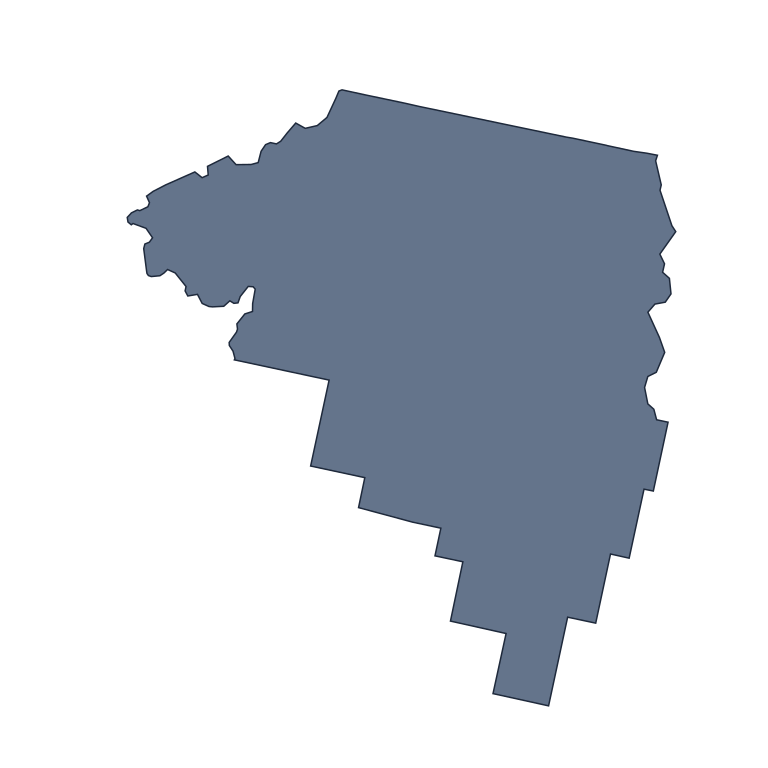 Fremont, Idaho, United States of America (Equal Earth projection), rotated 282°
{"feature_id": "52423323B19841424065600", "entity_name": "Fremont", "entity_type": "district", "adm_level": 2, "iso_a3": "USA", "parent_name": "United States of America", "parent_adm1": "Idaho", "projection": "equal_earth", "projection_center": [-111.419, 44.319], "detail": "fine", "context": "isolated", "style": "filled", "palette": "slate", "viewbox_px": 768, "rotation_deg": 282, "n_neighbors": 0, "source": "geoboundaries", "source_scale": "gbopen_adm2", "svg_char_len": 1681}
<svg xmlns="http://www.w3.org/2000/svg" viewBox="0 0 768 768"><g transform="rotate(282 384 384)"><path d="M376.5,232.6L376.4,329.5L288.5,329.3L288.4,384.7L257.8,384.8L254.8,440.9L254.8,469.6L226.5,469.6L226.5,498.1L165.9,498.3L165.3,555.3L103.8,555.0L103.4,611.9L194.1,612.1L194.1,640.8L264.8,640.9L264.6,660.0L335.2,660.2L335.3,669.7L405.7,669.8L405.7,658.1L415.4,653.2L419.4,646.2L434.8,639.6L446.2,640.5L452.1,647.9L473.3,652.0L486.7,643.8L509.1,627.2L518.5,632.4L522.5,642.1L531.8,646.0L546.7,641.2L551.2,633.3L559.9,633.4L568.4,626.8L593.7,637.7L598.7,632.7L630.9,613.7L636.4,613.8L658.8,603.3L664.6,603.9L664.4,593.1L663.5,579.8L663.6,553.3L663.6,553.0L663.7,551.6L663.7,517.5L663.4,510.9L662.8,360.7L663.0,346.8L662.9,306.9L662.9,305.4L663.0,281.8L661.2,279.0L653.4,277.5L632.9,272.8L622.9,265.0L617.7,253.8L620.9,243.4L609.4,237.1L600.0,232.5L596.5,228.9L596.5,222.7L593.5,218.4L586.1,215.4L574.4,214.9L571.1,208.4L567.8,193.7L574.6,184.2L560.2,166.1L551.9,168.6L548.0,163.2L552.1,154.9L533.5,129.2L524.5,118.2L518.4,112.7L512.6,116.9L508.3,116.2L502.8,109.1L503.0,106.6L498.8,101.3L497.5,100.6L493.6,98.2L489.2,99.9L487.2,103.7L488.8,105.1L486.8,118.9L478.9,127.2L473.9,125.0L471.2,121.0L466.5,120.8L445.1,128.3L442.8,129.2L441.1,131.0L440.7,134.0L443.3,142.3L446.8,145.7L451.0,148.5L449.2,156.7L438.2,170.1L433.7,170.1L429.3,173.8L432.9,182.9L425.0,189.4L423.4,196.7L423.8,200.2L426.7,211.1L433.3,215.9L431.7,220.4L433.0,224.3L439.7,225.2L451.2,230.9L451.9,235.8L450.0,238.3L435.3,238.8L427.6,240.3L423.6,233.3L412.2,227.6L407.2,229.3L404.0,228.9L392.5,223.9L389.5,224.7L384.7,229.5L378.0,232.9L376.5,232.6Z" fill="#64748b" stroke="#1e293b" stroke-width="1.5"/></g></svg>